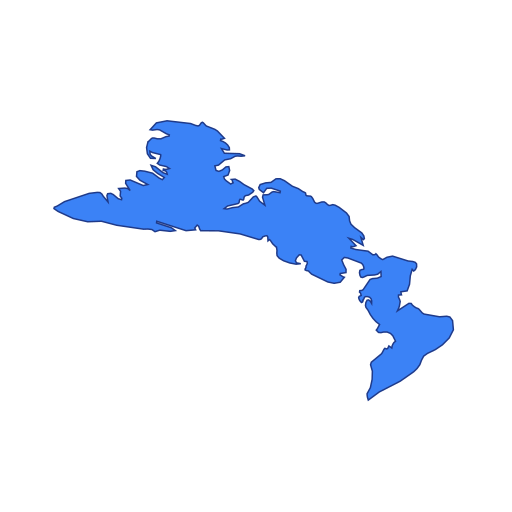 Prince Edward Island, Equal Earth projection, rotated 190°
{"feature_id": "CAN-687", "entity_name": "Prince Edward Island", "entity_type": "Province", "adm_level": 1, "iso_a3": "CAN", "parent_name": "Canada", "parent_adm1": "", "projection": "equal_earth", "projection_center": [-63.312, 46.509], "detail": "fine", "context": "isolated", "style": "filled", "palette": "blue", "viewbox_px": 512, "rotation_deg": 190, "n_neighbors": 0, "source": "natural_earth", "source_scale": "10m", "svg_char_len": 5540}
<svg xmlns="http://www.w3.org/2000/svg" viewBox="0 0 512 512"><g transform="rotate(190 256 256)"><path d="M458.6,265.5L463.2,267.6L463.1,269.0L460.4,270.7L454.0,276.3L431.2,288.7L423.3,291.1L420.7,291.4L418.6,290.3L416.8,288.3L411.1,283.5L413.3,289.6L412.9,291.6L409.9,292.5L407.2,291.7L401.7,288.5L398.2,288.1L398.2,289.6L400.2,291.5L400.6,296.2L403.0,298.6L397.0,300.1L394.1,300.2L391.3,298.6L397.0,304.9L397.3,307.8L393.1,309.0L379.3,305.8L375.0,307.6L383.5,310.5L387.5,313.6L387.9,318.3L385.2,319.9L380.3,320.2L372.2,319.6L365.1,316.0L361.5,314.9L359.9,317.4L367.2,320.2L372.3,323.1L375.1,327.1L370.4,326.4L362.1,321.9L357.6,321.1L358.4,322.9L359.3,323.8L360.5,324.2L362.3,324.1L362.3,325.6L360.6,325.5L359.2,325.8L356.4,327.1L359.7,328.5L366.6,328.9L369.3,330.1L368.1,332.4L367.4,335.4L367.2,338.1L367.5,339.3L376.0,339.9L378.8,340.8L377.9,337.8L376.2,336.4L371.6,334.6L376.9,333.9L380.7,337.8L382.6,343.8L382.2,349.8L381.9,349.9L379.3,353.6L378.2,354.3L376.6,354.5L373.5,354.3L370.0,354.9L365.4,357.9L362.4,359.0L362.4,360.3L365.5,360.8L372.9,363.5L375.4,363.4L379.7,362.0L382.2,362.0L377.2,369.8L367.1,373.7L343.4,375.1L338.2,374.1L335.7,374.0L334.4,374.8L333.0,377.7L332.0,378.4L331.0,378.0L328.4,376.0L327.5,375.4L318.6,373.6L315.7,372.4L307.5,366.4L309.9,365.1L311.0,365.0L311.0,363.5L308.4,363.0L305.7,362.0L303.2,360.4L301.1,358.1L300.6,355.9L302.9,355.4L308.7,355.8L305.0,351.7L290.0,353.9L284.2,352.8L287.9,351.7L291.7,351.3L293.9,350.6L297.9,347.4L303.5,345.2L308.7,339.0L312.2,337.6L310.2,333.3L307.2,332.9L304.0,335.0L301.1,338.5L298.3,339.3L296.8,335.6L297.6,330.9L301.6,328.6L300.4,326.3L298.4,324.9L293.5,322.5L291.2,324.1L292.0,325.2L292.3,326.0L292.6,326.6L293.5,327.1L289.9,328.1L285.1,326.6L280.2,324.2L271.3,321.3L269.5,320.0L270.3,318.2L273.5,315.1L274.4,314.5L276.2,313.9L277.0,313.5L277.8,312.3L278.0,311.1L277.9,309.9L278.2,309.0L279.0,308.8L281.0,309.2L281.7,309.0L282.0,308.0L281.9,306.7L282.0,305.5L282.9,304.5L292.7,300.3L295.6,297.1L292.6,297.2L287.4,299.6L281.9,301.2L277.5,305.2L275.3,306.1L272.9,307.5L268.9,313.7L266.5,315.1L265.5,314.5L261.9,310.5L256.1,307.6L259.8,315.1L259.6,317.4L255.5,318.3L254.0,318.9L251.3,321.8L249.7,322.5L243.3,322.5L243.3,324.1L252.8,325.5L257.2,324.5L259.6,319.6L264.3,322.1L265.2,323.8L264.3,327.1L259.2,329.7L254.0,331.1L249.7,335.5L245.6,336.3L241.0,335.1L232.3,331.0L226.0,329.7L221.3,327.6L219.2,327.1L218.2,326.7L217.4,324.6L216.4,324.1L212.7,324.4L211.8,324.1L210.1,322.5L207.6,319.1L205.9,318.3L204.4,318.6L200.7,320.6L198.3,321.1L196.6,320.5L194.7,319.2L192.9,318.4L191.3,318.9L189.4,319.9L186.9,319.8L182.5,318.3L174.4,314.1L171.2,311.1L169.9,306.8L168.0,303.8L163.8,301.0L155.8,297.1L153.3,294.5L152.3,291.9L153.1,290.8L155.9,292.5L152.3,285.1L163.6,289.1L167.6,289.6L159.3,283.5L161.4,282.3L162.6,281.9L164.0,282.0L164.0,280.3L158.9,279.7L146.5,280.2L141.2,277.5L139.6,277.8L138.5,278.5L138.3,279.0L137.1,278.2L135.5,276.6L134.9,276.1L131.8,274.7L130.5,274.5L126.8,277.5L121.5,279.6L105.3,277.5L100.6,277.8L98.1,277.4L96.5,276.1L95.9,273.2L96.7,270.2L98.1,268.6L99.9,270.0L100.6,263.3L99.9,254.8L101.1,247.9L107.1,245.9L106.4,243.8L106.0,243.0L108.9,242.3L108.6,240.3L107.0,238.0L106.1,236.2L106.1,231.6L106.4,229.5L107.2,226.5L97.2,235.9L94.9,236.2L93.5,234.8L91.4,233.6L89.2,232.7L87.3,232.4L86.1,231.8L82.4,228.8L80.4,228.0L64.7,228.0L57.7,229.8L54.5,229.6L51.2,226.5L48.8,217.6L51.5,208.8L57.0,200.9L63.1,195.0L70.3,189.8L73.5,186.5L74.9,182.2L75.8,177.4L77.9,173.1L80.6,169.4L92.2,157.8L110.9,143.6L120.4,133.6L121.8,136.4L122.3,138.0L122.7,139.6L120.5,146.2L120.2,154.6L121.4,162.8L124.3,168.8L124.0,171.4L115.5,181.4L114.9,182.7L113.8,186.2L113.2,187.4L112.5,187.4L111.4,187.1L110.3,187.7L109.5,190.5L108.8,190.1L107.0,189.4L106.3,189.0L106.3,191.3L105.8,193.2L105.1,194.8L103.8,196.3L107.4,201.2L110.1,203.1L113.7,203.9L117.1,203.3L119.7,202.2L122.1,202.0L124.7,203.9L123.9,205.4L122.4,210.0L126.3,212.1L129.9,214.8L133.2,218.1L136.2,222.0L138.8,224.5L139.6,226.3L139.7,229.3L138.9,231.8L137.5,232.3L135.7,231.4L133.9,229.3L134.3,232.0L135.3,233.9L136.9,235.1L139.1,235.4L141.3,235.0L142.1,233.9L142.3,232.5L143.2,230.9L142.8,230.6L143.1,229.2L144.1,228.5L146.1,230.1L147.2,231.7L147.7,233.0L147.3,234.2L145.5,235.4L146.0,236.3L146.3,237.1L146.8,237.8L147.8,238.4L147.8,239.9L145.7,240.5L144.6,241.5L139.6,252.7L137.3,254.0L132.7,255.2L129.2,257.5L130.3,262.4L133.0,259.2L136.0,257.9L143.1,256.2L145.9,254.2L147.4,253.3L149.0,253.4L150.2,254.9L151.2,257.5L151.2,259.9L149.5,261.0L147.7,261.6L147.6,262.9L148.4,264.7L149.5,266.2L151.1,267.3L165.3,270.0L168.8,269.9L170.9,267.0L168.1,262.5L165.0,258.5L164.5,255.3L170.0,253.4L170.0,252.0L166.6,250.6L165.3,250.4L168.5,244.8L174.3,242.7L180.8,242.9L198.1,247.8L200.8,249.6L201.4,250.2L202.1,250.4L203.7,250.4L205.2,250.8L205.4,251.7L205.0,252.7L204.8,253.4L205.0,254.8L204.5,256.2L204.2,257.7L204.8,259.4L207.4,259.2L211.7,264.8L213.6,264.7L215.8,261.2L216.4,258.2L214.9,256.3L210.6,256.2L215.1,254.9L221.5,255.0L228.0,256.1L232.8,257.9L235.3,260.0L236.0,262.4L236.3,265.1L237.4,268.4L237.9,268.4L241.7,270.9L244.5,273.8L245.6,274.5L246.8,273.0L247.7,276.8L248.8,277.9L250.4,277.4L252.6,276.1L252.9,275.6L253.2,274.8L253.7,273.8L254.9,273.0L256.2,272.7L275.5,275.0L297.3,274.3L314.9,271.3L316.2,272.8L317.6,275.3L319.3,276.2L321.2,273.0L320.0,271.3L329.3,268.8L359.8,273.0L359.7,271.3L344.2,269.1L339.9,267.0L344.7,265.4L355.3,264.7L359.7,262.4L363.1,264.0L367.1,263.8L371.4,262.9L398.5,262.1L414.3,263.4L427.7,260.5L442.4,261.2L458.6,265.5Z" fill="#3b82f6" stroke="#1e3a8a" stroke-width="1.5"/></g></svg>